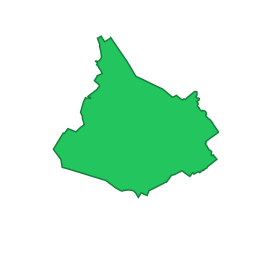 outline of Roosendaal, Noord-Brabant, Netherlands, rotated 45°
{"feature_id": "6326949B28559348449199", "entity_name": "Roosendaal", "entity_type": "district", "adm_level": 2, "iso_a3": "NLD", "parent_name": "Netherlands", "parent_adm1": "Noord-Brabant", "projection": "orthographic", "projection_center": [4.432, 51.51], "detail": "fine", "context": "isolated", "style": "filled", "palette": "green", "viewbox_px": 256, "rotation_deg": 45, "n_neighbors": 0, "source": "geoboundaries", "source_scale": "gbopen_adm2", "svg_char_len": 4838}
<svg xmlns="http://www.w3.org/2000/svg" viewBox="0 0 256 256"><g transform="rotate(45 128 128)"><path d="M90.2,195.7L90.5,195.8L91.3,196.0L102.8,197.7L103.1,197.8L109.2,202.3L109.3,202.3L110.0,202.0L111.1,201.2L117.7,197.6L148.9,181.1L149.5,180.7L152.4,180.3L152.8,180.3L153.2,180.3L155.7,179.9L159.2,179.4L161.1,179.2L161.7,179.0L162.1,178.9L165.5,178.0L167.0,177.5L167.5,177.3L168.0,177.0L168.3,176.7L168.7,176.4L168.7,176.2L168.9,175.8L169.0,175.5L169.1,175.3L169.2,175.2L169.4,175.0L169.6,174.7L169.8,174.6L169.9,174.3L169.9,174.2L170.0,174.0L170.1,173.8L170.1,173.7L170.4,173.6L170.5,173.5L170.6,173.3L170.7,173.2L171.2,172.5L171.5,172.3L171.6,172.2L171.9,171.8L172.3,171.3L172.5,171.1L173.5,170.4L173.8,170.2L174.0,170.1L174.4,169.6L174.6,169.5L175.0,169.3L175.2,169.2L175.5,169.0L175.6,168.9L175.9,168.7L176.1,168.6L176.4,168.5L176.5,168.5L176.8,168.5L177.5,168.5L178.1,168.5L178.3,168.4L178.4,168.5L178.5,168.6L179.2,168.5L180.6,168.8L183.8,169.6L184.4,169.7L183.4,165.5L183.3,165.2L183.3,164.3L184.0,164.1L186.0,163.6L189.2,162.2L187.8,158.9L187.2,157.5L193.3,138.9L193.3,138.7L193.5,138.7L192.4,131.8L192.1,130.7L193.6,128.6L193.7,128.3L196.5,119.9L199.5,119.7L206.0,118.5L205.4,114.0L205.4,113.9L205.5,113.7L207.3,113.9L207.5,113.4L207.9,111.6L208.6,109.1L208.8,108.9L209.1,108.9L209.9,109.1L210.1,109.1L210.3,108.8L210.6,107.5L210.6,107.4L210.5,107.2L210.2,106.9L211.4,104.5L210.8,104.4L210.9,104.2L211.7,101.6L211.8,101.3L212.0,101.1L212.0,100.7L211.9,100.2L211.6,99.3L212.5,91.6L213.0,87.3L207.2,86.8L207.4,87.4L207.3,87.7L207.2,87.9L206.4,88.2L206.1,88.1L205.9,88.1L205.6,87.9L203.9,85.6L203.6,85.5L203.3,85.5L202.1,85.7L200.8,86.1L201.1,86.2L198.2,85.5L196.0,84.9L193.8,84.5L193.9,83.9L193.9,83.7L193.8,83.4L193.7,83.2L193.2,83.0L192.9,82.9L192.8,82.7L192.8,81.8L192.9,81.0L193.2,78.1L193.3,77.9L193.4,76.7L194.3,71.5L194.7,69.0L194.7,68.9L195.0,67.5L195.0,67.4L194.9,67.3L194.8,67.0L194.8,66.9L194.6,66.8L193.9,66.6L184.6,64.9L184.3,64.6L184.2,64.5L183.5,64.5L179.8,64.1L179.5,64.1L179.3,64.2L179.2,64.2L178.8,64.5L178.6,64.5L178.3,64.6L176.0,64.5L174.3,64.4L174.0,64.4L174.0,63.8L173.9,63.2L173.8,62.9L173.7,62.8L173.7,62.6L173.0,62.2L172.5,62.0L171.6,61.7L171.1,61.5L170.9,61.5L169.7,62.0L169.2,62.5L168.4,62.7L168.3,62.8L168.4,63.2L168.3,63.3L168.3,63.5L168.1,63.7L167.9,63.8L167.9,64.0L166.2,64.1L164.7,64.0L164.4,63.5L161.4,63.5L161.1,63.1L161.1,62.9L161.1,62.6L161.0,62.3L160.9,61.8L160.8,61.7L160.6,61.4L160.1,61.0L159.6,60.8L159.4,60.8L158.7,60.9L158.0,60.8L157.9,60.8L157.8,60.7L157.8,60.4L157.9,60.2L158.1,59.7L158.3,59.2L158.4,58.5L158.4,58.2L158.4,57.8L158.4,57.6L158.3,57.4L158.0,57.0L157.8,56.9L157.6,56.8L157.0,56.9L156.7,57.0L156.3,57.4L155.9,57.8L155.5,58.0L155.3,58.1L155.0,58.2L154.6,58.2L154.4,58.1L154.2,57.9L153.8,57.7L153.9,57.1L153.8,56.8L153.8,56.7L153.6,56.3L152.9,55.3L152.8,55.2L152.6,55.0L151.9,54.4L151.6,54.2L151.3,53.7L150.9,53.8L150.7,53.9L150.4,54.1L150.1,54.4L149.9,54.5L149.7,54.6L149.6,54.8L149.5,55.0L149.3,55.4L149.2,55.9L149.1,56.2L149.1,57.5L149.0,57.8L149.1,58.2L148.9,58.9L148.8,59.3L148.9,60.0L148.7,61.2L148.7,61.6L148.6,62.2L148.6,62.3L148.4,64.7L148.3,65.2L148.4,65.4L148.5,66.3L148.5,66.6L148.5,67.0L148.2,67.3L147.8,67.4L147.5,67.5L147.1,67.7L147.0,67.8L146.9,67.9L146.6,69.7L146.4,69.9L145.9,69.9L143.8,70.2L143.4,70.2L142.3,70.4L141.2,70.5L139.6,70.7L139.0,70.8L139.0,71.4L138.9,72.1L138.6,72.7L138.4,73.4L138.0,74.0L137.3,74.9L125.2,75.9L117.2,78.8L110.0,81.3L104.6,83.1L104.2,83.3L103.9,83.4L96.9,85.9L87.7,83.5L80.5,81.7L51.8,76.3L52.0,76.9L52.0,77.0L52.0,77.3L51.9,77.5L51.1,81.2L50.5,83.6L50.4,83.6L48.0,82.9L47.9,82.9L47.6,83.0L44.1,82.0L43.2,85.7L43.2,85.9L43.0,86.1L49.2,89.1L50.0,90.2L52.1,91.5L54.2,92.9L54.3,92.9L54.4,93.0L54.7,93.1L55.9,94.1L57.5,95.3L58.3,95.9L58.5,96.1L59.3,96.6L60.2,100.9L59.6,101.9L59.9,102.2L60.0,102.2L58.3,103.1L57.9,103.2L57.8,103.6L60.9,104.0L61.1,105.4L61.3,105.3L61.7,105.4L63.1,105.3L66.0,106.3L66.4,106.4L66.6,106.4L67.0,106.3L67.2,106.2L70.1,107.4L71.3,107.7L71.3,107.9L71.3,108.0L70.5,109.7L70.1,110.7L70.0,111.0L69.9,111.3L69.4,112.4L69.5,112.4L69.6,113.0L70.8,118.3L72.5,118.2L72.9,118.2L73.5,118.1L73.8,118.1L75.5,118.0L75.9,117.9L77.0,117.9L77.7,118.3L78.2,118.7L78.4,119.9L78.4,120.4L78.8,123.0L78.1,128.6L77.3,133.9L77.6,133.9L78.1,133.7L80.0,132.9L80.4,133.8L79.4,134.2L79.2,134.4L78.9,134.6L77.8,136.2L76.5,136.7L77.1,138.2L77.4,138.9L77.5,139.4L78.0,140.7L78.1,141.1L79.5,143.6L81.0,146.2L83.1,150.0L83.3,150.4L83.5,150.6L85.1,151.1L87.7,152.1L87.8,152.2L88.7,153.2L89.1,153.5L91.1,154.6L91.5,154.8L91.4,154.8L92.4,155.3L94.2,156.3L94.8,156.6L94.6,157.1L94.4,158.8L94.0,161.2L94.0,161.4L94.0,163.1L93.9,167.5L91.3,168.7L91.2,168.7L87.5,170.3L86.0,170.9L86.1,171.6L86.2,172.7L86.3,172.7L86.5,174.4L86.8,176.8L85.8,177.4L87.2,183.3L90.2,195.6L90.2,195.7Z" fill="#22c55e" stroke="#15803d" stroke-width="1.5"/></g></svg>